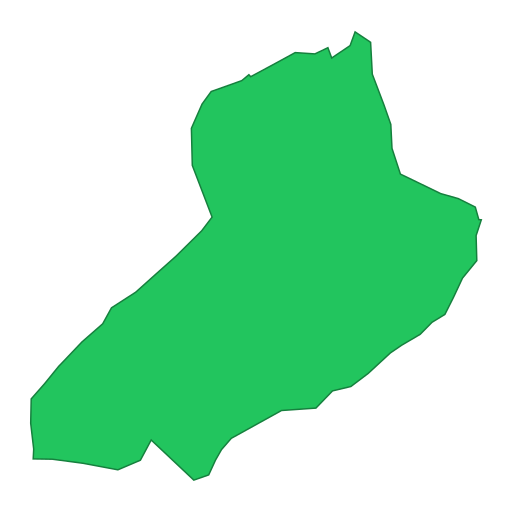 Kato Mylos, Limassol, Cyprus
{"feature_id": "46923920B26044622120903", "entity_name": "Kato Mylos", "entity_type": "district", "adm_level": 2, "iso_a3": "CYP", "parent_name": "Cyprus", "parent_adm1": "Limassol", "projection": "robinson", "projection_center": [33.002, 34.898], "detail": "fine", "context": "isolated", "style": "filled", "palette": "green", "viewbox_px": 512, "rotation_deg": 0, "n_neighbors": 0, "source": "geoboundaries", "source_scale": "gbopen_adm2", "svg_char_len": 912}
<svg xmlns="http://www.w3.org/2000/svg" viewBox="0 0 512 512"><path d="M248.9,74.7L241.8,80.6L211.2,91.5L202.1,104.0L191.4,128.3L192.3,165.4L212.1,217.1L201.7,230.8L176.1,256.1L155.9,274.1L135.7,292.2L111.5,307.8L102.7,323.8L82.0,341.9L62.5,362.4L58.8,366.2L44.5,383.8L31.2,398.9L30.7,423.3L33.7,449.1L33.2,458.9L52.3,459.2L83.2,463.3L101.3,466.7L117.9,469.8L140.4,460.2L151.2,440.0L193.8,480.1L208.7,474.9L215.6,459.9L221.5,449.6L231.3,438.3L281.5,410.5L315.9,408.1L332.5,390.9L350.9,386.5L368.2,373.4L390.4,352.9L401.5,345.3L420.2,334.3L432.0,322.3L444.9,314.4L453.5,297.3L462.5,278.1L476.8,260.6L476.1,235.6L481.3,219.8L478.8,219.6L475.3,207.1L458.3,198.6L440.7,193.6L417.6,182.4L400.4,174.1L392.0,148.4L390.8,124.4L384.1,105.3L372.3,74.2L370.6,42.3L355.1,31.9L350.1,45.6L331.7,58.0L327.9,47.7L314.9,53.9L295.2,52.6L277.6,62.2L250.7,76.7L248.9,74.7Z" fill="#22c55e" stroke="#15803d" stroke-width="1.5"/></svg>